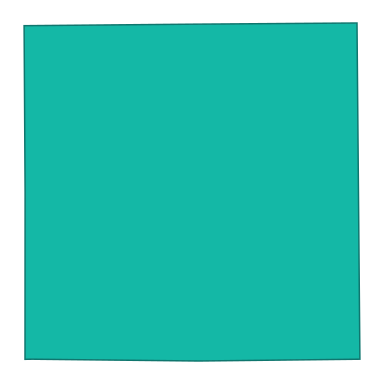 outline of Barry, Michigan, United States of America
{"feature_id": "52423323B99535382147082", "entity_name": "Barry", "entity_type": "district", "adm_level": 2, "iso_a3": "USA", "parent_name": "United States of America", "parent_adm1": "Michigan", "projection": "orthographic", "projection_center": [-85.333, 42.595], "detail": "fine", "context": "isolated", "style": "filled", "palette": "teal", "viewbox_px": 384, "rotation_deg": 0, "n_neighbors": 0, "source": "geoboundaries", "source_scale": "gbopen_adm2", "svg_char_len": 232}
<svg xmlns="http://www.w3.org/2000/svg" viewBox="0 0 384 384"><path d="M357.0,23.0L190.8,24.2L24.1,25.7L25.1,192.4L25.0,359.3L32.5,359.2L198.5,361.0L359.9,359.2L357.0,23.0Z" fill="#14b8a6" stroke="#0f766e" stroke-width="1.5"/></svg>